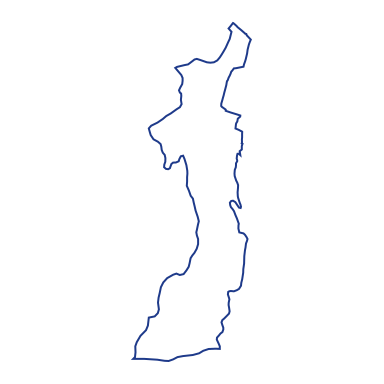 Jayyl, Chuy, Kyrgyzstan (orthographic projection)
{"feature_id": "92254566B24091049368111", "entity_name": "Jayyl", "entity_type": "district", "adm_level": 2, "iso_a3": "KGZ", "parent_name": "Kyrgyzstan", "parent_adm1": "Chuy", "projection": "orthographic", "projection_center": [73.886, 42.775], "detail": "fine", "context": "isolated", "style": "outline", "palette": "blue", "viewbox_px": 384, "rotation_deg": 0, "n_neighbors": 0, "source": "geoboundaries", "source_scale": "gbopen_adm2", "svg_char_len": 3407}
<svg xmlns="http://www.w3.org/2000/svg" viewBox="0 0 384 384"><path d="M219.8,348.9L219.8,346.3L218.7,343.7L216.8,339.6L217.0,337.6L218.9,335.5L220.5,333.5L222.4,332.1L223.3,329.5L223.3,327.7L222.4,325.2L221.5,322.3L222.4,320.0L224.0,318.7L226.6,316.1L229.0,313.6L229.6,311.3L229.1,307.8L228.6,305.0L228.7,302.7L229.4,299.3L228.9,297.5L227.9,294.4L228.2,291.9L229.2,291.3L230.8,291.0L233.9,291.3L236.8,290.2L239.0,288.9L241.0,285.7L241.3,282.8L242.2,279.2L243.2,272.7L243.3,269.2L244.1,263.5L244.3,256.1L245.0,250.1L245.5,247.6L246.0,243.5L247.0,240.9L247.5,239.0L246.6,237.2L245.0,234.8L243.5,233.4L239.3,232.4L238.4,228.5L238.5,225.2L238.8,223.8L236.9,218.4L235.5,215.2L234.0,211.2L232.6,209.1L230.9,207.1L230.2,205.1L229.9,202.7L231.2,201.0L233.0,200.7L235.3,202.1L236.7,204.2L239.0,207.6L240.6,208.0L241.0,206.8L240.5,204.7L239.7,202.7L239.1,200.9L238.1,197.8L237.8,196.2L237.6,192.3L238.0,187.9L238.1,185.1L237.2,182.5L236.2,180.6L235.7,179.1L234.7,176.1L234.5,173.6L234.8,169.8L235.8,167.3L236.0,165.3L236.0,163.3L237.2,161.2L237.2,160.4L236.7,158.5L237.0,155.7L237.5,153.8L238.6,153.7L239.2,154.1L240.3,155.1L239.7,151.2L241.8,149.5L241.8,146.1L242.5,143.8L241.7,143.4L242.0,142.4L241.9,139.5L242.1,137.3L242.1,134.0L242.2,131.8L241.9,131.5L238.6,129.8L235.5,128.5L236.0,123.9L236.4,122.9L237.3,121.5L237.8,118.7L240.2,116.6L240.3,115.5L236.6,114.3L230.7,112.5L225.7,110.8L225.7,109.6L221.8,106.8L221.2,106.0L221.3,103.6L222.3,100.2L223.0,97.6L223.6,95.6L224.3,92.6L225.1,89.7L226.3,85.1L226.7,82.6L227.0,81.1L227.6,80.5L228.7,77.5L229.6,75.9L230.5,73.9L231.3,71.6L232.2,70.7L233.9,68.4L236.0,68.2L243.5,66.7L244.0,64.4L245.1,61.4L245.8,59.0L247.1,53.5L247.6,49.7L248.9,44.5L249.6,42.5L250.8,39.6L249.2,37.9L247.7,36.3L246.8,35.4L246.3,34.0L245.3,33.8L245.2,33.6L241.2,30.1L237.4,27.0L237.0,26.4L235.3,24.8L233.3,23.1L233.0,23.0L230.7,26.0L228.6,28.5L231.5,31.8L229.7,39.0L228.4,41.7L225.7,47.7L223.7,51.2L221.7,54.5L219.8,57.4L217.3,60.4L215.7,61.3L213.9,62.3L210.4,62.7L206.9,62.3L200.3,60.0L196.8,58.9L194.5,59.5L192.6,61.0L188.1,64.4L184.5,65.1L177.0,66.9L175.3,67.9L181.3,75.0L182.6,78.0L182.6,80.9L182.2,84.1L180.2,87.7L179.0,90.3L179.9,92.6L181.1,93.5L181.3,95.9L180.9,99.9L181.6,104.1L179.9,107.2L176.7,109.2L170.7,113.5L166.3,116.0L162.8,119.0L157.5,122.6L151.2,125.7L148.8,128.4L149.7,131.7L150.7,135.1L153.5,139.3L156.4,140.9L157.9,141.7L160.6,144.1L161.3,146.7L161.7,149.9L162.8,152.7L164.7,154.9L165.4,158.1L165.3,161.8L164.3,164.6L164.1,167.2L166.0,168.9L168.2,169.2L169.9,168.2L170.7,165.9L171.4,164.0L173.1,162.6L175.9,162.5L178.7,161.3L179.3,159.2L180.8,156.3L183.1,155.7L184.5,159.0L186.4,165.2L187.3,170.8L187.4,173.7L187.1,177.1L187.1,181.6L186.8,185.8L188.9,190.6L190.7,195.8L192.9,198.6L193.7,202.5L194.6,206.2L195.6,210.6L197.7,216.8L198.8,221.3L198.0,224.5L196.9,229.8L196.3,232.3L196.9,235.5L198.1,239.0L198.1,244.2L196.7,248.8L194.4,252.9L192.3,255.5L190.6,258.2L189.6,263.2L188.7,266.8L186.5,270.3L183.6,274.1L179.8,275.0L176.4,273.6L173.2,274.7L167.2,278.1L163.3,282.4L160.9,287.2L159.7,293.0L158.6,297.6L158.0,302.6L158.9,309.4L157.8,313.2L154.7,316.4L148.8,317.6L147.9,325.6L146.0,330.2L140.5,335.8L136.8,342.1L135.3,346.3L135.5,352.4L135.0,357.1L133.2,358.9L144.7,358.9L157.3,359.7L164.6,360.8L168.6,361.0L173.1,359.4L177.5,357.1L182.9,356.1L192.8,355.0L199.1,353.3L203.2,350.8L208.6,349.0L215.7,348.7L219.8,348.9Z" fill="none" stroke="#1e3a8a" stroke-width="2"/></svg>